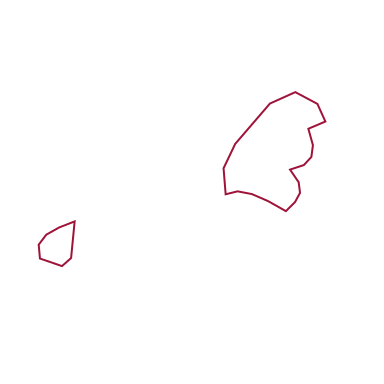 Manu's, Equal Earth projection, rotated 309°
{"feature_id": "ASM-4999", "entity_name": "Manu's", "entity_type": "state/province", "adm_level": 1, "iso_a3": "ASM", "parent_name": "American Samoa", "parent_adm1": "", "projection": "equal_earth", "projection_center": [-169.541, -14.22], "detail": "fine", "context": "isolated", "style": "outline", "palette": "rose", "viewbox_px": 384, "rotation_deg": 309, "n_neighbors": 0, "source": "natural_earth", "source_scale": "10m", "svg_char_len": 495}
<svg xmlns="http://www.w3.org/2000/svg" viewBox="0 0 384 384"><g transform="rotate(309 192 192)"><path d="M309.8,196.9L334.6,209.4L339.4,234.0L330.7,251.3L314.4,242.6L304.5,256.5L294.4,262.7L283.4,262.0L271.1,254.1L266.7,268.8L259.3,276.5L249.0,278.4L236.2,277.0L232.8,256.9L228.1,239.9L221.2,227.0L211.4,219.6L230.3,201.6L256.6,195.3L309.8,196.9ZM44.6,115.7L54.6,106.0L67.1,105.6L80.9,111.1L95.3,119.3L64.6,139.6L52.6,137.6L44.6,115.7Z" fill="none" stroke="#9f1239" stroke-width="2"/></g></svg>